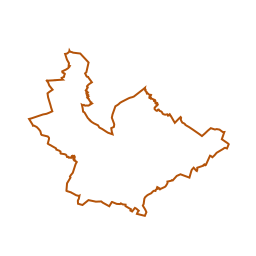 Tērvetes pag., Tervetes, Latvia, rotated 76°
{"feature_id": "27541924B26561514973338", "entity_name": "Tērvetes pag.", "entity_type": "district", "adm_level": 2, "iso_a3": "LVA", "parent_name": "Latvia", "parent_adm1": "Tervetes", "projection": "orthographic", "projection_center": [23.319, 56.485], "detail": "fine", "context": "isolated", "style": "outline", "palette": "amber", "viewbox_px": 256, "rotation_deg": 76, "n_neighbors": 0, "source": "geoboundaries", "source_scale": "gbopen_adm2", "svg_char_len": 5684}
<svg xmlns="http://www.w3.org/2000/svg" viewBox="0 0 256 256"><g transform="rotate(76 128 128)"><path d="M38.7,166.1L39.8,166.6L41.0,169.0L41.0,170.2L40.9,171.1L46.8,170.7L50.8,169.6L53.2,170.5L53.5,169.9L53.6,170.1L53.6,170.4L53.8,170.5L54.1,170.0L54.3,169.9L55.5,171.7L56.3,174.0L57.1,178.1L57.7,178.2L58.3,178.1L59.4,176.8L60.0,176.2L60.3,176.2L61.4,177.1L62.9,177.7L63.3,180.2L63.8,180.1L64.5,180.2L65.3,179.6L64.9,181.9L63.9,187.3L64.0,187.3L62.5,195.1L62.3,195.2L62.4,195.4L64.5,194.5L67.8,194.1L72.6,191.9L73.9,195.5L74.9,197.7L78.9,198.1L87.3,197.7L89.3,197.7L93.5,197.4L94.1,200.7L94.5,203.6L94.3,207.2L95.3,219.5L95.3,221.8L101.9,219.7L102.8,219.7L103.0,218.6L105.0,216.3L107.6,214.8L110.0,213.8L113.2,213.8L113.9,213.4L116.8,207.9L118.2,207.1L118.9,207.1L119.7,207.4L123.7,209.6L124.1,209.4L125.1,208.3L125.6,207.8L125.9,207.3L126.6,206.7L130.1,203.0L130.6,202.7L131.6,202.8L133.3,200.3L134.5,199.2L136.2,199.6L136.5,199.5L138.0,196.0L138.7,194.9L139.7,194.3L141.3,194.2L141.4,193.8L141.7,193.4L141.6,192.9L141.8,192.8L142.3,192.7L142.3,192.3L142.5,192.2L142.5,191.9L142.7,191.7L142.7,191.4L142.8,191.2L143.2,190.4L143.0,190.1L142.7,190.2L141.9,189.5L142.0,189.4L142.4,189.0L141.6,189.0L141.5,188.7L141.5,188.4L141.8,188.2L142.3,188.3L142.4,188.5L142.7,187.6L142.0,187.1L142.0,186.9L142.9,186.7L143.1,187.1L143.3,187.1L143.5,187.4L143.6,186.9L144.0,186.9L144.2,187.2L144.1,187.6L143.9,187.8L144.2,187.7L144.3,187.7L143.9,188.2L144.9,188.5L145.6,188.4L146.0,187.9L146.1,188.2L146.6,188.0L147.3,187.1L147.3,186.9L147.5,186.7L148.2,186.5L148.4,186.4L148.6,186.0L148.9,186.1L149.1,186.5L150.7,187.8L158.1,192.4L160.1,195.1L161.1,196.1L162.2,195.8L166.9,200.5L173.9,202.9L174.1,202.9L174.7,202.1L176.7,198.8L177.0,198.6L178.6,196.8L180.7,194.6L181.8,192.5L182.0,191.9L181.9,191.5L184.7,192.8L185.0,193.0L185.8,193.8L186.6,194.3L189.4,194.8L191.7,190.8L188.4,183.8L191.7,177.0L192.8,171.7L194.3,170.6L199.4,165.1L195.9,161.6L195.9,161.4L198.9,157.3L199.9,154.1L199.4,153.2L200.8,151.7L201.8,148.9L203.2,149.3L206.5,145.9L207.5,144.8L208.7,145.6L210.0,144.2L207.2,140.6L208.2,139.5L210.9,137.6L212.0,139.0L213.5,140.1L217.3,132.9L214.1,130.5L211.4,131.0L206.9,132.4L205.5,131.2L200.5,129.2L199.3,128.1L198.0,125.7L197.6,124.5L196.9,121.2L195.7,119.4L195.4,118.7L195.2,118.1L195.3,117.5L195.7,116.6L194.7,116.0L194.2,115.0L194.2,114.3L193.1,114.4L192.4,113.9L194.7,111.5L195.2,112.0L195.3,111.9L195.0,111.3L194.1,106.6L193.8,105.9L193.3,105.2L191.4,103.3L190.4,102.8L189.5,102.7L189.6,100.7L189.6,98.7L189.2,98.0L189.7,97.3L186.3,92.3L185.6,88.3L191.0,80.4L184.6,76.7L183.9,76.1L182.4,73.9L185.8,72.2L186.4,71.6L185.6,71.0L183.3,70.4L182.8,64.2L182.3,63.9L182.0,63.1L181.8,62.8L181.7,62.6L181.8,62.4L182.2,62.7L182.6,62.6L182.9,62.2L182.7,61.4L174.7,55.1L175.2,54.4L176.8,53.2L175.5,50.8L173.5,48.0L171.2,40.4L170.8,39.6L170.7,38.6L171.8,36.9L168.1,34.2L167.1,34.8L161.6,39.7L155.2,35.5L155.0,36.7L154.9,37.0L151.7,39.6L150.6,42.0L150.5,42.3L150.5,44.0L148.2,47.7L149.9,51.2L151.9,54.7L153.7,58.2L150.8,60.6L145.1,65.6L141.7,68.7L139.8,70.7L138.8,71.6L137.8,71.9L137.2,72.4L135.9,74.0L133.9,74.6L132.2,74.7L131.0,74.0L130.1,74.3L131.0,76.0L134.3,81.3L131.7,82.1L127.0,83.4L127.0,83.5L124.7,84.2L125.0,84.9L125.7,85.1L125.7,86.2L124.8,86.3L124.2,86.6L124.2,88.0L124.1,88.5L123.8,89.3L123.0,90.5L122.3,91.0L121.2,91.1L120.6,91.4L119.8,92.0L119.2,93.0L117.5,93.8L117.4,94.2L117.5,94.5L118.1,95.0L118.3,95.4L118.3,95.9L117.6,96.7L116.0,97.6L114.8,97.3L114.5,97.0L114.3,96.3L113.7,95.8L113.3,94.6L113.0,94.0L112.4,93.4L111.8,93.6L110.8,93.6L110.6,93.9L110.7,94.1L111.2,94.5L111.3,94.7L111.3,94.8L110.6,95.4L110.1,95.4L108.5,94.9L107.5,95.0L107.4,95.1L107.5,95.2L107.9,95.4L108.2,95.7L108.1,96.2L107.5,96.2L106.9,95.9L105.8,97.1L105.5,97.7L105.1,98.1L105.0,98.3L105.1,98.5L105.1,98.8L104.9,98.9L104.7,98.7L104.6,98.3L104.3,98.3L104.1,98.4L104.3,99.1L104.1,99.4L104.1,99.8L103.9,100.0L103.1,99.8L102.6,98.7L102.3,98.3L101.5,97.6L101.4,97.7L101.3,97.9L101.6,98.3L101.6,98.6L100.3,99.8L99.7,100.0L99.4,100.3L99.3,100.6L99.2,101.2L99.2,101.3L98.4,101.4L98.3,101.1L98.0,101.0L97.7,101.2L97.6,101.5L96.4,101.8L96.0,102.2L95.8,102.3L95.4,102.1L95.1,101.7L94.6,101.8L94.2,102.3L93.1,101.8L93.9,103.4L98.9,114.7L99.1,116.3L99.1,118.5L99.3,120.1L101.1,127.8L101.6,129.5L102.7,131.5L103.2,132.8L103.9,135.0L111.2,139.8L114.1,141.2L120.4,140.5L121.2,140.5L123.5,141.4L124.1,144.3L127.7,144.6L130.4,144.5L127.8,148.5L126.6,149.7L122.7,153.3L120.7,155.6L120.3,155.8L118.2,156.4L115.2,160.0L113.2,161.9L112.5,162.4L111.5,163.1L111.4,162.9L108.6,164.6L102.6,166.4L102.1,166.7L101.3,167.6L97.8,167.2L94.3,167.1L95.1,166.3L94.9,165.2L95.8,164.4L96.0,164.0L96.1,162.9L96.5,161.7L96.5,161.2L96.7,160.8L95.6,157.3L95.4,157.6L95.3,157.2L95.0,157.2L94.9,157.4L94.4,157.4L94.4,157.6L94.6,157.7L94.5,157.9L94.1,157.9L93.7,158.2L93.3,158.2L92.6,158.5L91.5,158.8L91.2,159.0L90.4,159.0L90.2,159.0L89.8,159.4L89.6,159.7L89.2,159.6L88.7,160.1L88.3,159.5L87.8,159.8L87.6,159.7L86.8,159.9L86.7,159.7L86.9,159.4L87.3,159.2L87.3,158.9L87.0,159.1L87.0,158.8L86.7,158.7L86.7,158.9L86.3,158.8L86.1,158.9L86.3,159.1L86.2,159.2L85.0,159.9L84.6,159.4L84.6,159.7L84.1,159.9L84.0,159.6L84.1,159.3L84.2,159.1L84.1,158.6L83.8,158.4L83.6,158.5L83.5,158.8L83.4,158.9L83.2,158.6L82.8,158.7L82.7,158.9L83.1,159.3L83.1,159.5L82.3,159.7L82.2,159.7L82.0,159.4L81.8,159.4L81.7,159.7L81.3,159.9L81.0,159.5L80.5,158.7L80.2,158.6L80.0,158.4L79.5,158.2L79.3,157.9L79.3,157.6L79.1,157.3L78.4,157.3L77.7,157.7L77.4,157.5L76.4,155.9L75.7,154.3L74.9,152.0L69.2,154.3L68.8,154.3L68.3,155.4L67.5,155.8L64.6,156.4L63.8,154.9L54.9,150.4L44.2,156.3L41.6,163.1L41.0,163.8L39.9,165.8L38.7,166.1Z" fill="none" stroke="#b45309" stroke-width="2"/></g></svg>